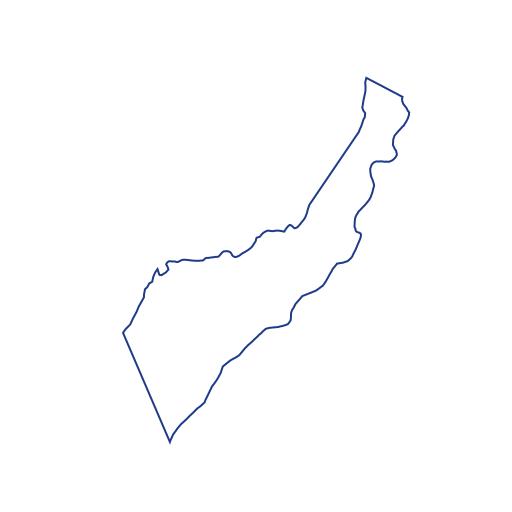 Morne Lezard Estate, Choiseul, Saint Lucia, rotated 198°
{"feature_id": "8701671B19228970825308", "entity_name": "Morne Lezard Estate", "entity_type": "district", "adm_level": 2, "iso_a3": "LCA", "parent_name": "Saint Lucia", "parent_adm1": "Choiseul", "projection": "equal_earth", "projection_center": [-61.026, 13.777], "detail": "fine", "context": "isolated", "style": "outline", "palette": "blue", "viewbox_px": 512, "rotation_deg": 198, "n_neighbors": 0, "source": "geoboundaries", "source_scale": "gbopen_adm2", "svg_char_len": 5530}
<svg xmlns="http://www.w3.org/2000/svg" viewBox="0 0 512 512"><g transform="rotate(198 256 256)"><path d="M163.4,309.6L163.7,309.7L164.7,310.1L166.8,310.0L168.3,310.4L169.0,310.9L170.0,312.8L171.3,314.1L172.1,317.0L172.8,319.4L173.4,322.9L173.2,325.8L172.5,328.1L172.3,329.7L171.8,330.6L169.9,334.6L167.8,338.9L166.4,342.6L165.8,344.2L165.1,347.4L165.1,348.6L165.0,353.1L165.2,355.0L165.4,359.4L166.2,360.9L168.2,363.8L169.8,365.7L171.5,367.7L171.9,368.8L172.9,370.5L173.2,371.3L174.3,374.0L174.2,378.6L173.1,381.0L172.5,381.7L170.9,383.1L168.9,383.7L165.9,384.8L163.1,385.3L160.7,386.2L159.0,386.5L157.9,387.3L156.0,389.0L155.0,390.5L153.8,392.9L153.3,395.5L153.8,396.9L155.2,399.2L157.4,401.0L160.1,403.9L161.5,409.4L161.4,413.3L159.7,417.5L157.3,422.8L156.6,424.6L155.8,425.5L155.5,426.4L155.5,427.4L154.8,429.6L154.4,431.9L154.1,433.8L154.1,437.0L154.7,439.9L156.6,441.1L158.7,443.3L162.9,446.1L164.8,448.5L165.8,451.1L165.8,452.6L206.1,459.5L205.8,455.0L203.7,449.6L202.8,446.1L201.8,436.7L200.7,429.9L199.0,427.6L196.3,425.6L195.4,421.6L196.0,419.0L196.0,411.9L196.5,407.6L196.5,405.9L221.1,321.0L221.1,315.9L221.1,315.6L221.0,314.6L220.9,313.0L220.9,311.7L221.0,310.1L221.0,309.5L221.1,308.2L221.3,307.2L221.7,305.7L222.1,304.6L222.7,303.0L223.4,301.3L224.0,299.5L224.7,297.9L225.2,296.7L226.0,295.7L226.8,294.9L227.6,294.4L228.1,294.4L228.7,294.5L229.4,294.9L231.7,295.9L232.9,296.1L233.6,295.9L234.1,295.2L234.8,294.0L235.3,292.8L236.0,290.7L236.6,288.3L236.7,287.9L237.5,287.8L238.8,287.6L239.8,287.5L240.9,287.4L241.9,287.2L243.0,286.9L243.7,286.7L244.7,286.3L245.8,285.8L246.8,285.3L247.3,285.0L248.1,284.7L249.4,284.4L250.2,284.3L251.0,284.1L252.0,284.0L252.7,283.7L253.7,283.0L254.3,282.5L254.9,281.8L255.7,280.9L256.3,280.1L256.8,279.2L257.3,278.1L257.8,277.1L257.9,276.5L258.4,275.4L259.1,274.8L259.7,274.6L260.5,274.0L261.1,273.4L261.1,271.8L261.0,271.0L260.9,270.4L261.0,269.6L261.4,268.2L261.7,267.1L262.0,266.0L262.3,264.9L262.7,263.6L263.3,262.3L263.9,261.4L264.3,260.7L265.0,259.8L265.6,258.9L266.9,257.5L268.2,255.9L269.1,255.0L269.6,254.6L270.2,253.7L270.7,253.1L271.2,252.3L271.9,251.3L272.7,250.5L273.4,249.9L274.5,249.0L275.0,248.7L276.0,248.5L276.4,248.6L277.1,248.6L278.1,248.9L278.9,249.4L279.4,249.9L280.1,250.6L280.6,251.0L281.2,251.4L282.0,251.7L282.8,251.8L283.7,251.9L285.2,251.6L286.0,251.3L286.4,251.1L287.8,250.6L288.2,250.3L288.8,249.6L289.2,248.9L289.7,247.9L290.1,246.9L290.5,245.9L291.0,244.8L291.3,244.2L292.1,243.4L293.2,243.0L294.1,242.7L295.2,242.1L296.6,241.5L297.5,241.0L298.5,240.6L299.4,240.2L300.7,239.4L301.6,239.2L302.4,238.9L303.1,238.5L303.6,237.9L304.1,236.9L304.4,236.4L304.9,235.6L305.4,235.2L306.6,234.8L307.0,234.6L308.2,234.1L309.2,233.7L310.5,233.2L311.8,232.9L313.1,232.5L313.6,232.4L315.0,232.0L316.6,231.7L318.2,231.4L320.6,230.9L322.1,230.6L323.7,230.1L324.3,229.8L324.9,229.5L325.8,228.8L326.4,228.1L327.2,227.4L328.1,226.5L328.6,226.1L329.3,225.8L330.2,225.7L330.7,225.7L331.6,225.7L332.2,225.6L332.9,225.2L334.5,224.8L335.4,224.7L336.0,224.4L336.5,224.3L337.1,224.1L337.6,223.6L338.0,223.1L338.5,222.1L338.7,221.6L338.8,220.8L338.8,220.2L338.3,219.7L337.8,219.4L337.3,219.0L336.5,218.0L335.1,216.1L335.5,215.1L335.8,214.4L336.4,213.0L336.9,212.1L337.5,211.5L338.1,210.8L338.7,210.1L339.3,209.4L339.9,208.6L340.5,208.5L341.0,208.4L341.6,208.2L342.4,208.5L342.6,208.9L343.5,210.1L345.3,212.7L345.6,213.1L345.9,212.1L346.3,211.0L346.7,209.4L346.9,208.4L347.0,207.3L347.1,206.2L347.2,204.7L347.2,203.8L347.1,202.8L347.0,202.2L346.9,200.6L346.8,199.5L346.9,199.2L347.6,198.4L348.1,197.9L349.0,197.1L349.8,192.7L351.3,190.1L350.6,184.7L349.8,182.0L351.1,175.7L351.9,171.6L352.3,166.1L353.7,158.5L354.5,151.9L357.5,146.0L358.7,141.8L280.4,52.5L280.4,53.8L280.1,56.7L279.8,59.2L279.7,60.4L278.7,63.6L278.4,64.4L278.3,64.7L277.5,67.5L276.0,71.2L275.2,73.2L274.4,74.5L273.0,76.9L272.4,78.0L271.3,80.1L269.7,83.4L267.4,87.5L265.0,92.3L264.2,93.6L263.9,94.0L262.6,95.7L262.2,96.4L261.7,97.3L261.0,98.6L259.8,100.5L259.7,100.8L259.6,103.2L259.5,103.9L259.4,104.4L259.1,106.6L259.0,107.4L258.9,108.0L257.5,118.5L256.8,120.4L256.7,120.7L256.5,121.2L254.9,126.3L254.7,127.3L254.4,128.6L254.2,129.8L253.5,133.6L253.4,134.5L253.5,136.7L253.4,140.8L253.2,141.0L251.2,144.1L250.1,145.8L248.6,148.0L248.0,148.9L246.8,150.2L245.2,151.9L244.8,152.3L243.9,153.2L243.7,153.4L243.2,154.0L241.2,156.6L240.7,158.0L239.9,159.9L238.0,164.9L237.2,166.2L236.9,167.0L236.2,168.4L235.3,169.9L233.6,172.7L233.0,173.8L232.4,174.9L232.0,175.9L231.6,176.5L229.8,179.8L229.6,180.0L228.6,182.3L228.4,182.5L227.3,184.0L227.1,184.6L226.8,185.2L225.8,187.2L225.2,188.0L224.8,188.6L224.4,189.6L223.3,190.4L222.8,190.7L221.2,191.7L220.1,192.2L217.5,193.4L213.9,194.9L213.5,195.1L212.8,195.4L212.5,195.6L212.3,195.7L212.1,195.9L211.1,196.6L209.9,197.2L209.2,197.6L206.5,199.5L205.6,200.3L204.7,201.0L204.0,202.6L203.2,205.5L203.4,206.6L203.6,207.5L203.7,207.9L203.9,208.8L204.1,209.5L204.2,209.8L204.4,210.5L204.9,212.1L205.0,212.6L205.0,214.9L205.0,215.7L204.4,217.8L204.1,219.3L203.7,221.9L203.6,222.6L201.1,228.4L200.8,229.2L200.6,229.6L199.8,231.6L199.7,232.0L198.7,232.9L194.1,236.7L188.9,241.1L188.0,241.9L186.1,244.5L183.1,248.8L182.6,250.4L182.1,252.4L181.7,253.6L180.8,258.2L179.9,262.9L179.4,264.9L179.1,266.9L178.8,268.0L176.8,273.0L176.6,273.8L176.0,274.1L174.6,274.8L171.1,276.6L167.1,279.6L165.8,282.0L165.1,283.2L164.3,285.3L164.2,287.1L163.7,290.1L163.2,293.1L163.0,295.9L162.5,301.6L162.2,305.2L162.5,308.0L163.1,309.3L163.4,309.6Z" fill="none" stroke="#1e3a8a" stroke-width="2"/></g></svg>